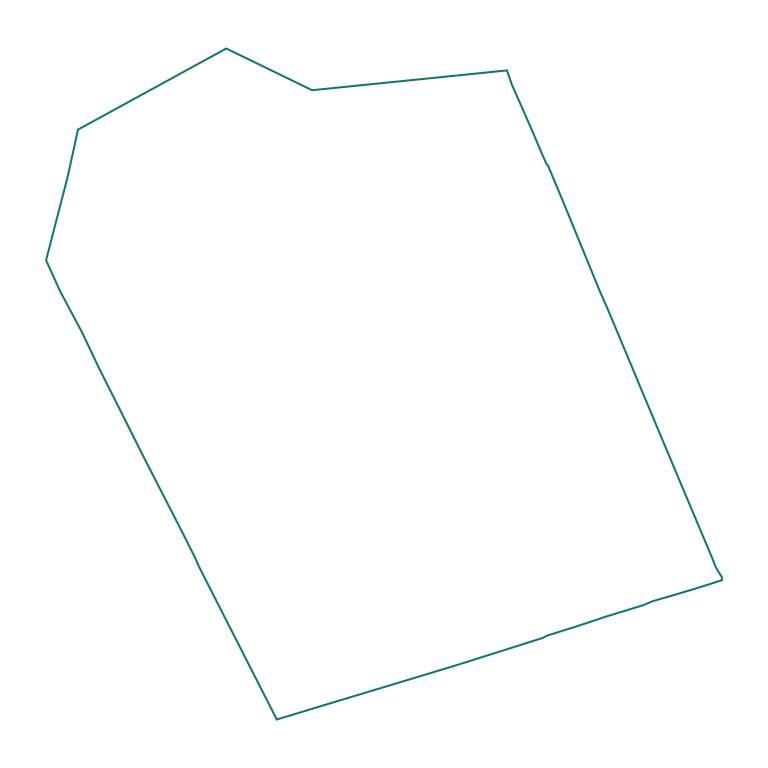 Bagaxangai, Töv, Mongolia
{"feature_id": "93677404B94518670866672", "entity_name": "Bagaxangai", "entity_type": "district", "adm_level": 2, "iso_a3": "MNG", "parent_name": "Mongolia", "parent_adm1": "Töv", "projection": "albers", "projection_center": [107.475, 47.372], "detail": "fine", "context": "isolated", "style": "outline", "palette": "teal", "viewbox_px": 768, "rotation_deg": 0, "n_neighbors": 0, "source": "geoboundaries", "source_scale": "gbopen_adm2", "svg_char_len": 799}
<svg xmlns="http://www.w3.org/2000/svg" viewBox="0 0 768 768"><path d="M507.0,70.4L312.1,90.2L226.2,48.5L78.0,129.6L67.9,175.8L48.6,250.5L46.1,260.3L60.1,291.2L82.2,332.7L98.5,367.1L123.6,417.0L143.1,455.9L182.3,532.3L195.3,558.2L199.1,566.9L202.2,573.0L276.8,719.5L332.8,702.5L350.8,697.1L455.1,665.6L535.8,640.1L537.4,639.6L542.0,638.2L545.7,636.4L547.6,635.4L550.3,634.6L561.2,631.2L565.3,629.9L572.4,627.7L573.3,627.4L574.7,627.0L607.5,616.1L643.5,605.1L652.1,601.4L692.9,589.4L721.9,580.2L721.8,577.0L717.5,570.3L715.1,565.7L713.1,560.2L679.8,481.2L644.1,396.1L643.2,393.9L642.2,391.6L641.1,389.1L637.1,379.3L636.4,377.6L607.5,308.6L599.7,290.9L574.7,229.9L563.7,203.0L548.0,165.6L546.6,164.2L541.8,153.4L531.5,129.2L511.7,84.2L507.0,70.4Z" fill="none" stroke="#0f766e" stroke-width="2"/></svg>